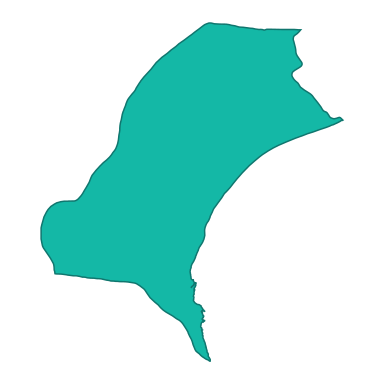 Al Ghaydhah, Al Mahrah, Yemen
{"feature_id": "15242507B66245697923351", "entity_name": "Al Ghaydhah", "entity_type": "district", "adm_level": 2, "iso_a3": "YEM", "parent_name": "Yemen", "parent_adm1": "Al Mahrah", "projection": "orthographic", "projection_center": [52.126, 16.264], "detail": "fine", "context": "isolated", "style": "filled", "palette": "teal", "viewbox_px": 384, "rotation_deg": 0, "n_neighbors": 0, "source": "geoboundaries", "source_scale": "gbopen_adm2", "svg_char_len": 5972}
<svg xmlns="http://www.w3.org/2000/svg" viewBox="0 0 384 384"><path d="M127.5,100.2L126.7,102.1L126.0,103.9L125.6,105.4L124.2,108.8L123.6,110.6L123.1,111.7L122.3,114.3L121.3,119.6L120.4,123.1L120.0,125.6L119.8,128.3L119.8,130.1L119.4,132.8L119.0,134.7L118.4,140.0L117.7,143.4L117.1,145.3L115.9,148.4L115.5,149.1L114.6,150.5L112.9,152.6L111.4,154.9L109.6,157.1L106.5,160.1L103.3,162.7L100.0,166.0L96.0,170.4L92.1,175.3L91.0,177.6L89.2,182.3L86.1,187.7L84.3,190.6L82.6,193.6L81.2,195.6L78.9,198.2L77.6,199.5L76.0,200.5L74.5,201.0L68.6,201.1L67.8,201.2L64.3,201.2L60.8,201.7L58.4,202.4L56.8,202.8L54.4,204.1L50.8,206.5L48.1,209.5L46.5,212.0L44.0,216.9L41.7,225.1L41.1,227.9L41.1,239.0L42.1,244.1L42.5,245.9L43.2,247.5L43.6,248.2L50.1,257.7L51.9,260.8L52.7,262.3L53.2,263.2L53.5,263.9L53.9,265.6L54.1,267.4L54.2,270.0L54.7,271.5L55.0,273.7L56.1,273.9L61.5,274.1L66.6,274.8L67.3,275.0L71.9,275.6L73.6,275.8L76.3,275.8L79.7,276.4L82.3,277.1L84.0,277.1L85.6,277.3L87.2,277.8L90.5,278.1L94.0,278.2L96.7,278.6L99.5,278.7L101.3,278.9L106.5,280.1L109.2,280.5L110.8,281.0L114.1,281.1L115.1,281.3L117.9,281.4L119.5,281.6L124.8,281.7L128.2,282.0L134.9,283.1L136.5,283.7L139.7,285.7L143.9,288.9L145.0,290.2L147.3,293.7L150.1,297.7L154.9,302.2L158.2,304.9L160.5,307.6L163.1,310.0L165.9,312.0L172.6,315.9L176.5,318.7L179.5,320.4L181.5,322.2L182.6,323.5L183.5,324.8L186.4,329.3L188.0,332.1L188.1,332.8L189.7,336.3L191.3,339.2L192.2,341.5L193.1,344.7L195.1,349.6L195.9,351.0L197.2,352.2L199.2,353.7L200.9,355.5L202.7,357.0L203.4,357.3L204.1,357.9L206.3,359.3L207.8,359.8L209.5,361.0L209.7,360.7L210.2,360.9L210.2,359.4L209.2,357.6L208.3,356.4L208.2,355.8L208.3,354.6L208.1,353.6L207.9,353.1L207.4,352.8L207.0,351.8L207.1,351.1L206.9,350.3L206.4,348.7L206.1,347.1L205.7,346.9L205.9,346.3L205.3,344.3L205.1,343.2L204.7,342.0L204.1,341.1L204.1,340.5L202.9,337.8L203.0,335.8L202.6,335.6L202.4,335.1L202.7,333.5L202.7,333.1L202.3,333.0L202.2,331.8L201.6,330.7L201.6,330.3L202.4,330.1L202.5,330.0L202.0,329.7L201.8,329.2L201.9,328.8L201.7,328.1L201.5,327.7L201.2,327.7L200.9,327.4L200.7,326.9L200.7,326.1L201.0,325.1L201.0,324.4L201.5,322.8L202.1,322.1L202.7,322.1L202.5,321.8L202.7,321.4L203.2,321.5L203.3,321.3L204.1,321.3L204.6,320.9L204.6,320.5L203.9,320.3L203.6,320.5L203.1,320.5L202.9,320.2L202.7,319.5L202.3,319.2L202.7,319.1L202.5,318.7L202.9,317.5L203.3,317.4L203.4,317.1L203.7,316.4L203.7,316.0L203.6,315.8L203.0,315.7L202.9,315.6L202.9,314.8L202.8,314.4L202.5,314.1L202.4,313.4L202.1,313.2L202.0,312.9L202.2,312.6L201.8,312.5L201.4,311.5L201.7,311.0L202.0,310.7L202.4,310.5L202.7,310.7L203.1,310.4L203.3,310.6L202.9,311.1L203.0,311.1L203.3,310.8L203.8,311.0L204.0,310.9L204.5,311.3L204.6,311.2L204.2,310.9L204.0,310.4L203.7,310.4L203.3,309.8L202.8,309.5L202.6,308.5L202.0,307.9L201.9,307.6L201.2,306.7L201.0,305.8L199.0,304.6L197.8,304.5L196.9,304.2L194.9,302.8L194.1,301.7L193.5,300.9L193.4,300.5L193.6,300.1L193.5,299.6L193.7,299.4L193.7,298.3L193.9,297.8L193.9,297.3L193.8,296.8L193.4,296.5L193.5,295.8L193.7,294.6L194.1,294.3L194.1,293.9L194.0,293.6L194.1,293.1L194.0,292.3L194.0,291.9L194.3,291.3L194.4,290.6L194.1,290.5L194.0,290.2L194.7,290.0L194.7,289.7L194.2,289.3L194.1,288.8L194.4,288.7L194.3,288.1L194.5,287.6L194.9,287.1L195.3,286.9L195.4,286.7L195.4,285.8L195.8,285.4L195.7,284.9L195.8,284.5L195.6,284.2L195.8,283.8L195.7,283.6L195.4,283.6L194.2,283.9L193.7,285.1L192.0,286.7L191.8,286.7L191.4,287.3L191.3,287.2L191.8,286.6L193.6,285.0L194.1,283.7L194.9,283.4L196.0,283.3L196.1,283.1L195.9,282.8L194.4,282.5L194.2,282.3L193.4,281.1L193.4,280.1L193.3,279.8L192.5,279.9L191.6,279.4L191.2,278.8L191.0,278.2L191.0,277.1L190.9,276.9L190.9,276.5L190.6,275.7L190.7,275.4L190.6,274.3L190.3,273.9L190.4,273.0L190.1,272.2L190.1,271.3L190.3,270.6L190.3,269.8L191.1,267.6L191.1,266.4L191.9,264.2L192.4,263.4L192.5,263.0L192.7,262.9L193.9,260.9L194.0,260.5L194.4,259.8L195.5,257.3L195.4,257.0L195.7,256.4L195.8,255.8L196.1,255.4L196.9,253.2L198.3,250.2L198.4,249.6L199.3,247.3L200.4,245.8L200.5,245.3L201.0,244.9L202.4,242.6L203.0,241.4L203.2,240.7L203.8,239.5L204.1,238.3L204.4,237.2L204.8,235.4L204.6,230.6L204.7,229.3L204.8,228.9L205.1,227.4L206.2,224.4L207.0,222.9L208.6,220.6L210.0,217.4L210.2,216.3L212.4,211.8L212.9,210.4L213.3,209.7L213.7,208.7L215.6,206.2L218.4,202.3L219.4,201.0L220.0,200.1L221.6,198.0L224.4,193.5L225.7,192.3L227.8,190.1L230.2,187.4L233.3,183.4L237.1,178.7L242.2,172.9L249.3,165.6L254.9,160.7L259.7,156.7L262.6,154.5L268.3,150.8L273.5,147.8L278.5,145.3L286.6,141.8L295.4,138.2L303.7,135.2L307.5,133.7L313.0,132.0L319.6,129.6L326.5,127.3L329.9,126.0L330.8,125.5L331.8,125.1L333.3,124.7L336.2,123.3L336.4,123.3L340.1,121.4L340.8,120.8L341.9,120.4L342.1,120.5L342.9,120.1L340.5,117.8L339.6,117.4L338.8,117.5L336.4,118.3L334.0,118.8L332.4,118.4L330.9,117.8L330.2,117.3L329.5,116.6L328.7,115.1L327.0,112.7L326.4,112.2L324.9,111.6L323.4,110.8L322.3,109.3L320.9,106.9L317.7,102.6L313.9,97.9L312.4,95.8L311.2,94.6L309.8,93.5L304.5,90.2L300.4,87.1L298.1,83.3L297.5,82.7L295.7,81.2L294.5,80.0L293.9,79.3L292.5,77.1L291.9,75.6L291.9,74.5L292.2,72.9L292.8,71.9L294.8,70.3L300.0,67.1L301.3,66.0L301.8,65.2L302.1,64.2L302.0,63.2L301.7,62.4L299.0,58.5L297.1,55.7L296.3,54.0L295.9,52.4L295.7,49.6L295.4,47.8L293.8,41.5L293.3,39.9L293.2,39.1L293.5,37.1L293.8,36.3L295.0,35.2L297.2,33.6L299.2,31.6L300.7,29.8L298.2,29.8L297.3,29.7L294.4,29.5L288.0,29.5L282.2,29.5L271.2,29.3L270.2,29.3L266.7,29.3L265.3,29.8L264.3,30.1L263.4,29.9L262.6,29.6L260.8,29.4L259.0,29.5L255.3,29.0L252.8,28.4L250.1,28.2L243.4,27.3L239.8,27.1L238.6,26.9L234.9,25.8L231.6,25.3L228.9,24.6L226.0,24.2L219.7,24.1L214.4,23.8L211.9,23.2L210.9,23.0L209.0,23.0L206.7,23.8L205.0,24.5L203.6,25.4L198.8,29.1L194.6,32.2L191.9,34.4L189.5,36.1L183.8,40.4L179.1,43.6L175.9,46.5L171.1,50.0L167.1,53.5L161.8,57.4L157.1,61.8L156.3,62.5L150.9,69.4L143.9,77.0L140.5,81.3L140.1,82.1L139.6,82.7L136.3,87.9L135.2,90.2L134.1,91.7L131.9,94.2L128.6,98.4L127.5,100.2Z" fill="#14b8a6" stroke="#0f766e" stroke-width="1.5"/></svg>